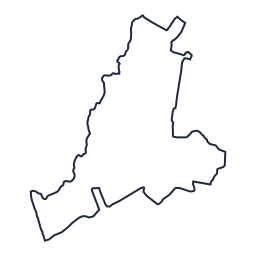 outline of Río Bravo, Suchitepéquez, Guatemala
{"feature_id": "79465075B98045843880740", "entity_name": "Río Bravo", "entity_type": "district", "adm_level": 2, "iso_a3": "GTM", "parent_name": "Guatemala", "parent_adm1": "Suchitepéquez", "projection": "mercator", "projection_center": [-91.352, 14.385], "detail": "fine", "context": "isolated", "style": "outline", "palette": "slate", "viewbox_px": 256, "rotation_deg": 0, "n_neighbors": 0, "source": "geoboundaries", "source_scale": "gbopen_adm2", "svg_char_len": 4906}
<svg xmlns="http://www.w3.org/2000/svg" viewBox="0 0 256 256"><path d="M30.7,191.7L30.9,193.0L31.0,196.2L31.9,200.2L34.6,208.6L36.1,211.7L37.1,216.7L37.8,217.7L40.3,227.1L41.7,230.9L42.5,231.9L42.4,233.5L43.5,235.8L44.9,240.6L48.7,239.6L54.5,235.2L61.8,232.2L68.6,226.6L72.2,223.0L79.2,217.6L83.0,216.1L86.2,216.4L89.1,217.5L93.4,216.3L99.2,209.6L92.2,191.2L91.8,189.2L92.7,188.3L99.0,188.0L100.9,193.5L103.6,199.9L105.4,204.4L107.1,206.4L110.0,206.5L110.7,205.8L112.2,204.5L119.9,200.7L140.3,188.4L142.6,187.4L144.1,187.7L143.5,191.8L146.5,195.7L150.0,198.4L156.8,203.8L157.7,204.2L159.2,203.8L161.7,201.6L163.1,199.2L169.5,194.7L173.0,190.7L175.2,188.2L176.7,187.9L179.9,188.1L190.1,191.5L193.6,191.1L194.6,190.0L194.2,187.2L192.9,183.9L193.3,181.5L210.5,184.5L211.0,181.7L212.9,179.7L214.3,176.5L217.1,173.4L217.2,169.7L217.7,168.9L223.4,167.0L224.8,165.3L225.3,151.9L218.9,149.4L215.7,145.4L209.9,144.0L207.4,141.6L206.9,139.6L204.5,137.6L204.0,136.2L203.0,135.6L199.4,131.8L196.8,130.7L192.7,131.5L191.2,132.5L190.3,134.0L188.8,135.3L187.1,137.0L185.5,137.4L176.4,137.3L173.3,136.6L173.0,136.1L172.7,125.8L173.2,122.3L171.9,120.9L171.7,120.0L172.7,112.1L173.7,108.7L175.4,108.0L176.1,104.9L176.7,98.8L181.3,70.2L182.1,62.2L184.5,58.3L187.4,58.6L190.0,59.5L191.7,55.9L191.5,54.7L190.9,54.6L189.9,53.3L188.1,52.0L186.8,52.1L186.3,52.6L185.2,53.3L185.0,54.1L184.1,55.0L182.9,55.2L181.8,54.5L173.3,52.2L170.8,50.4L171.7,45.1L171.3,42.3L172.8,40.4L173.8,40.3L177.2,37.2L181.4,31.9L185.2,23.0L180.7,19.8L177.3,16.7L174.6,19.0L172.5,22.5L170.7,24.6L170.7,25.3L168.1,28.5L167.8,29.4L167.2,30.0L166.5,30.3L152.9,22.8L144.5,17.6L142.8,15.4L141.8,15.9L141.2,16.4L140.6,17.1L139.9,17.4L139.3,17.7L138.7,18.1L137.9,18.5L136.9,18.8L136.3,18.9L135.5,19.0L134.8,19.4L134.1,20.0L133.7,20.6L133.1,21.2L132.6,21.9L132.1,22.9L132.0,23.5L131.9,24.4L131.7,25.5L131.5,26.4L131.3,27.3L131.1,28.3L131.0,29.1L131.0,29.7L131.0,30.7L131.1,31.6L131.2,32.3L131.2,33.7L131.1,34.6L131.0,37.7L130.9,38.5L130.8,39.3L130.6,39.9L130.3,40.5L130.0,41.2L129.5,42.0L128.7,43.1L128.3,44.0L128.2,44.8L128.2,45.7L128.2,47.2L128.1,48.0L128.0,48.6L127.7,49.6L127.3,50.2L126.8,50.7L126.1,51.3L125.8,52.1L125.0,54.6L124.5,55.3L123.8,55.8L123.1,56.0L121.6,56.1L121.0,56.2L120.3,56.4L119.4,57.0L118.9,57.6L118.6,58.4L118.4,59.1L118.1,59.7L117.3,60.3L117.3,61.2L117.8,61.9L118.9,62.7L119.4,63.1L119.7,63.8L119.3,64.4L118.9,64.9L118.7,65.7L118.6,66.4L118.6,67.2L118.6,68.0L118.7,68.6L119.0,69.5L119.2,71.1L119.3,71.9L119.3,72.5L119.3,73.5L118.5,73.9L118.0,73.7L117.1,73.7L116.3,73.8L115.4,73.9L114.5,73.6L114.0,73.3L112.9,73.3L112.4,73.6L112.0,74.1L111.6,74.6L111.2,74.9L110.6,75.3L110.0,75.5L109.3,75.6L107.3,75.6L106.2,75.4L105.4,75.3L104.6,75.3L103.8,75.7L103.3,76.3L102.5,77.3L102.2,77.9L102.0,79.3L102.0,79.8L102.6,81.0L103.4,82.1L103.8,82.7L104.0,83.7L104.0,84.9L104.1,85.6L104.2,86.9L104.3,87.8L104.4,88.7L104.5,89.4L104.6,90.0L104.6,91.5L104.6,92.9L104.4,93.5L104.1,94.5L103.7,95.5L103.4,96.2L103.0,96.9L102.5,97.6L102.0,98.6L101.6,99.5L101.2,100.1L100.8,100.8L100.4,101.4L100.1,102.1L99.9,102.9L99.2,103.4L98.3,103.1L97.3,103.0L96.7,103.2L96.3,103.7L96.0,104.6L95.8,105.3L95.6,106.0L95.3,107.0L94.9,107.8L94.7,108.3L94.2,109.0L93.7,109.4L93.1,109.6L91.6,109.6L90.6,109.8L90.2,110.6L90.1,111.5L90.1,112.4L90.1,113.2L90.1,114.0L89.7,114.9L89.4,115.5L88.9,116.2L88.5,117.0L88.3,118.1L88.2,118.8L88.1,119.6L87.8,120.4L87.6,121.5L87.4,122.2L87.4,123.1L87.5,123.8L87.6,124.7L87.8,125.4L88.1,126.2L88.3,127.3L88.4,128.5L88.5,129.1L88.6,129.9L89.2,131.5L89.5,132.3L89.8,132.9L90.0,133.7L89.4,134.5L88.8,135.4L87.9,136.7L87.3,137.7L86.8,138.7L86.5,139.6L86.5,140.3L86.4,141.1L86.5,141.7L86.5,142.4L86.6,143.1L86.7,144.0L86.8,144.6L86.6,145.6L86.3,146.8L85.9,147.6L85.7,148.6L85.5,149.5L85.5,150.0L85.8,151.0L85.9,151.6L85.9,152.4L85.6,153.1L84.9,153.7L84.0,153.9L83.3,154.4L82.9,154.9L82.4,155.6L81.9,156.1L81.1,156.4L80.6,156.3L80.0,155.7L79.4,155.3L78.8,155.0L77.9,155.3L77.2,156.1L76.8,156.5L76.2,157.5L75.7,158.4L75.2,159.6L74.8,160.5L74.4,161.5L74.2,162.2L74.0,163.1L73.9,163.7L73.9,164.4L73.9,165.1L73.9,165.7L74.1,166.5L74.4,167.2L74.3,167.9L74.1,168.4L73.5,169.4L73.3,170.1L73.3,170.8L73.3,171.6L73.5,172.1L74.0,173.1L74.3,174.0L74.6,175.0L74.6,176.1L74.3,177.1L74.1,177.7L73.8,178.5L73.3,179.2L72.8,179.8L72.0,180.6L71.2,181.3L70.6,181.5L68.3,181.5L67.2,181.3L66.6,181.2L65.9,181.2L65.0,181.2L64.3,181.6L63.7,182.4L63.5,183.7L63.4,184.6L62.9,185.3L62.2,185.8L61.4,186.3L60.7,186.8L60.2,187.6L59.9,188.1L59.6,188.8L59.2,189.4L58.8,189.9L58.3,190.5L57.9,191.2L57.4,191.7L56.4,192.2L53.2,193.6L49.3,195.2L48.2,195.7L47.7,196.2L47.1,196.8L46.7,197.6L46.3,198.4L45.7,198.9L44.9,199.0L44.2,199.0L43.4,198.5L42.9,198.1L42.3,197.3L41.9,196.4L41.6,195.5L41.5,194.9L41.2,194.3L40.1,193.6L39.1,193.6L37.8,193.0L36.8,192.2L35.8,191.6L35.2,191.2L34.0,190.9L32.9,190.9L32.0,191.0L31.5,191.3L30.7,191.7Z" fill="none" stroke="#1e293b" stroke-width="2"/></svg>